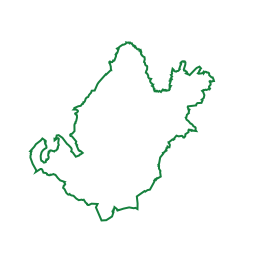 Maravatío, Michoacán, Mexico (Robinson projection), rotated 314°
{"feature_id": "50627088B79499737660914", "entity_name": "Maravatío", "entity_type": "district", "adm_level": 2, "iso_a3": "MEX", "parent_name": "Mexico", "parent_adm1": "Michoacán", "projection": "robinson", "projection_center": [-100.367, 19.89], "detail": "fine", "context": "isolated", "style": "outline", "palette": "green", "viewbox_px": 256, "rotation_deg": 314, "n_neighbors": 0, "source": "geoboundaries", "source_scale": "gbopen_adm2", "svg_char_len": 5801}
<svg xmlns="http://www.w3.org/2000/svg" viewBox="0 0 256 256"><g transform="rotate(314 128 128)"><path d="M113.6,78.3L111.1,78.6L109.2,77.2L105.1,75.5L104.2,76.1L103.6,76.1L105.4,78.1L105.6,79.9L105.2,80.4L103.6,80.6L102.0,79.9L101.6,80.0L101.4,80.7L101.7,82.4L100.0,84.1L97.0,85.9L95.6,86.1L95.3,86.8L94.0,86.8L92.9,87.4L88.6,91.7L85.2,91.8L83.7,91.0L82.8,91.2L82.3,92.2L83.0,93.1L83.0,94.2L82.3,100.2L80.5,101.1L80.4,103.2L79.7,103.2L77.7,107.9L77.7,108.9L77.9,109.3L78.2,109.1L78.5,110.2L78.6,112.7L76.0,112.2L75.6,111.8L74.2,111.9L71.1,110.4L72.0,105.4L71.7,103.4L73.1,102.7L73.9,101.8L74.2,100.8L74.4,97.0L74.2,95.1L75.4,87.6L74.7,83.1L73.1,81.9L71.3,83.0L69.5,83.1L69.2,82.6L68.1,83.8L71.6,84.3L72.2,85.0L72.1,85.8L68.7,88.2L67.7,90.0L66.0,90.4L65.4,91.1L64.5,91.2L64.3,91.8L62.0,91.9L60.3,91.0L59.9,91.2L58.3,88.0L57.6,87.9L57.2,87.4L56.6,87.7L56.2,87.5L56.1,87.9L55.6,87.7L54.9,88.4L54.6,88.2L52.7,89.7L52.0,91.2L50.9,91.9L50.2,92.1L48.8,91.2L48.5,91.9L47.5,91.6L46.3,92.5L44.7,91.6L44.7,89.3L44.3,88.6L44.9,87.2L47.2,84.6L50.4,82.7L52.8,82.3L54.8,82.5L56.9,83.1L57.4,82.9L58.6,81.3L58.9,79.8L60.7,78.5L60.2,78.3L60.6,78.0L60.5,77.6L61.5,77.2L61.0,73.7L58.5,73.9L52.3,73.0L49.4,73.6L43.5,73.8L44.1,74.8L42.1,75.6L41.8,76.5L40.6,76.9L38.9,78.4L36.0,84.3L34.0,90.9L33.3,91.9L32.3,92.2L37.7,93.5L38.3,94.1L38.5,95.1L37.1,98.2L38.6,100.2L38.8,101.6L38.3,102.1L39.2,104.1L39.8,104.6L40.5,104.5L40.8,105.2L43.2,106.5L43.3,107.4L43.9,108.3L43.3,112.2L43.2,115.6L45.3,120.0L44.5,120.0L44.0,121.8L42.4,122.1L42.0,121.8L39.9,122.9L39.9,125.0L38.5,128.7L38.5,131.0L38.9,131.7L39.9,131.9L39.7,132.4L40.2,134.1L41.4,135.9L41.3,139.8L41.9,142.7L44.2,144.4L44.6,145.3L45.7,146.0L44.9,149.3L45.1,151.2L44.6,151.6L44.7,152.5L45.4,153.3L48.3,154.4L52.2,158.9L48.6,160.1L43.1,173.2L46.6,176.4L53.3,178.0L56.4,176.5L57.0,175.2L57.6,175.6L57.8,174.7L58.8,174.9L59.3,174.1L59.9,174.3L61.7,173.2L62.0,176.1L61.4,177.3L62.2,177.9L61.9,178.1L66.9,180.8L71.7,184.0L74.3,187.9L75.7,188.8L76.3,191.1L80.4,187.3L84.9,181.9L94.1,183.7L94.2,184.6L96.9,185.2L98.9,186.6L105.9,184.7L108.2,184.0L108.3,183.4L109.2,183.3L109.0,183.6L110.3,183.7L110.3,184.1L111.0,183.9L110.9,183.7L112.1,183.7L112.1,184.2L115.8,185.3L118.7,181.6L119.6,181.2L120.3,178.5L121.6,177.3L121.7,176.4L122.4,176.5L122.8,175.4L123.2,175.6L129.2,171.6L133.9,171.2L134.3,170.4L135.6,171.0L136.1,170.8L138.2,171.3L138.1,170.6L140.4,170.1L140.4,169.8L141.7,170.2L141.6,169.5L142.0,169.3L142.0,170.2L142.9,171.2L144.9,169.9L145.6,168.0L145.4,167.8L145.9,167.0L146.6,167.4L150.7,167.9L150.9,168.8L151.3,168.9L152.3,169.0L152.5,168.5L152.9,168.4L156.2,168.2L157.2,170.3L159.8,172.2L160.0,172.9L159.6,174.4L160.1,175.0L161.8,174.9L163.4,173.6L167.0,174.4L168.4,173.0L169.1,172.9L169.7,174.4L169.9,174.3L170.1,175.5L170.7,175.4L170.7,175.9L171.0,175.9L171.1,176.4L173.2,179.2L173.5,177.9L175.0,176.7L175.3,175.9L174.7,173.7L175.1,172.5L175.1,170.7L174.6,169.9L175.0,166.7L174.7,164.4L175.6,162.3L176.4,162.5L178.4,161.2L181.1,161.4L181.4,160.7L182.9,160.0L183.1,159.0L183.9,159.1L183.6,158.1L184.5,156.4L185.2,156.1L191.6,161.3L192.5,160.7L194.1,160.6L197.1,163.4L199.8,162.4L200.1,161.9L199.8,161.4L202.3,161.6L204.7,160.1L206.1,157.1L206.2,155.5L207.7,155.9L207.7,156.3L209.4,157.1L209.8,158.0L212.2,159.1L212.4,159.8L213.4,159.6L213.4,158.3L214.1,157.5L216.6,157.3L217.6,156.2L218.0,154.6L218.4,154.6L218.8,153.5L218.7,154.4L219.7,156.1L220.5,156.3L221.5,157.2L222.4,155.7L223.2,153.7L222.5,153.0L222.4,149.8L223.7,148.3L223.5,147.0L222.7,146.3L222.8,145.5L222.0,144.3L219.8,144.5L220.5,143.4L219.6,143.5L218.3,142.9L216.2,141.2L215.9,140.3L217.3,140.2L218.9,139.5L219.4,139.7L220.4,139.1L221.6,139.1L221.8,136.8L219.0,135.7L217.6,135.6L208.9,135.6L208.5,133.8L208.6,132.9L208.2,133.0L208.2,132.5L207.7,132.3L207.6,132.0L208.7,132.3L209.2,131.3L209.2,130.7L208.7,130.1L209.0,129.3L208.3,128.4L208.8,127.5L213.4,125.2L215.1,123.7L215.3,122.5L214.4,122.2L214.3,121.2L213.1,120.6L212.0,121.1L211.8,120.8L210.9,121.7L210.7,121.3L210.4,121.8L206.3,123.7L206.3,124.4L204.1,124.5L202.1,123.2L201.9,123.3L201.1,121.9L201.1,120.9L200.6,120.9L201.6,120.5L201.6,118.9L198.3,120.9L197.9,121.8L196.6,122.4L196.0,122.1L195.6,124.0L194.5,123.9L193.7,124.5L193.7,124.8L192.8,124.6L193.1,125.7L190.9,125.4L191.1,126.3L187.7,128.0L187.5,129.1L187.9,129.6L187.2,129.7L187.1,129.1L186.5,129.3L186.5,130.1L185.2,130.4L185.0,131.0L183.8,131.3L181.3,129.6L181.1,129.0L181.7,129.1L181.4,128.4L180.8,128.0L180.4,128.3L179.9,127.7L180.5,127.7L179.9,126.3L176.8,126.7L176.5,124.9L175.2,124.6L175.0,123.0L174.6,122.6L174.0,123.0L173.0,121.7L173.5,121.4L173.5,120.2L174.4,120.0L174.3,119.2L175.2,117.8L175.0,116.2L175.6,116.4L176.7,116.0L176.2,115.4L176.6,114.5L176.4,113.3L176.8,111.7L177.4,111.0L179.4,110.5L178.3,108.8L178.6,107.3L179.9,105.9L180.1,104.6L180.5,104.1L180.2,102.4L181.7,101.5L183.3,101.1L185.5,99.2L185.8,98.6L185.4,97.4L185.5,96.4L186.6,94.9L186.6,93.7L189.0,92.4L190.4,90.7L190.0,89.4L189.9,87.7L190.3,86.8L190.1,86.4L191.4,84.4L191.9,84.7L192.9,82.9L191.8,82.5L192.4,81.9L192.3,81.4L192.0,81.6L191.2,80.1L191.1,79.2L191.4,77.9L190.8,77.3L190.9,76.5L191.8,76.3L191.7,75.5L191.0,75.2L190.7,74.7L191.2,73.9L191.1,72.8L191.6,72.0L190.7,70.9L190.8,70.2L189.9,70.2L190.0,69.1L189.3,68.7L188.4,67.4L188.2,67.8L186.6,67.7L184.9,67.0L184.3,66.3L180.5,65.5L179.2,65.5L178.9,65.9L178.4,65.2L177.5,64.9L177.4,66.7L176.5,67.2L174.8,68.0L173.7,68.2L173.6,67.8L172.1,68.1L171.9,69.0L171.3,69.5L167.1,71.3L166.1,71.0L166.1,70.5L164.5,70.9L163.5,70.0L163.3,68.8L162.5,68.7L161.8,69.4L161.7,70.3L160.2,73.0L158.9,74.3L157.9,75.8L157.5,75.4L151.3,75.2L151.3,74.7L140.3,75.2L138.2,75.6L131.8,78.0L129.6,76.0L127.7,76.9L124.7,77.0L122.7,77.8L121.2,77.1L119.7,77.2L117.5,78.3L116.4,78.5L115.5,78.5L115.4,78.1L114.0,78.8L113.6,78.3Z" fill="none" stroke="#15803d" stroke-width="2"/></g></svg>